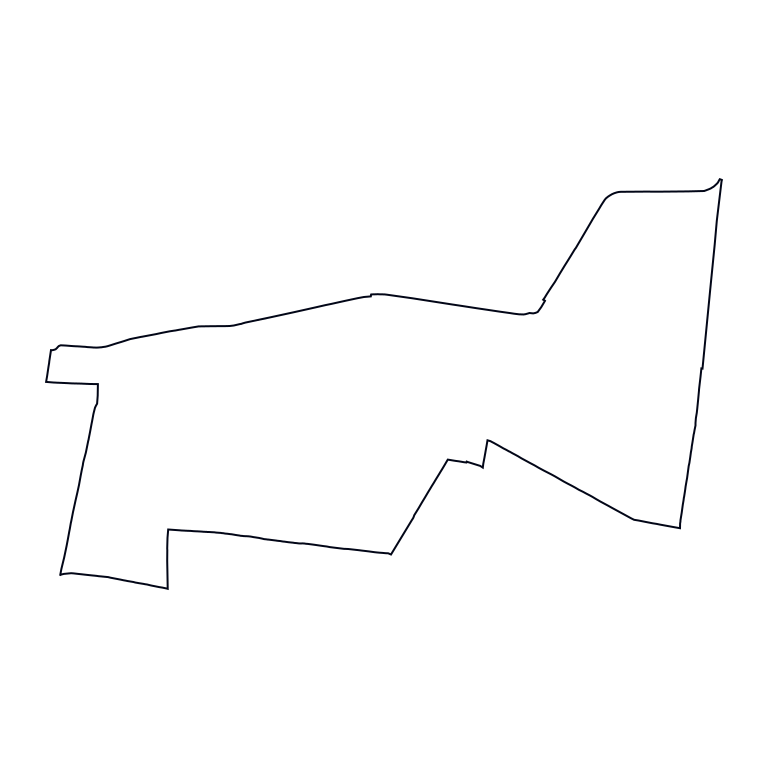 the district of Iztacalco, Distrito Federal, Mexico
{"feature_id": "50627088B64976182761554", "entity_name": "Iztacalco", "entity_type": "district", "adm_level": 2, "iso_a3": "MEX", "parent_name": "Mexico", "parent_adm1": "Distrito Federal", "projection": "orthographic", "projection_center": [-99.097, 19.399], "detail": "fine", "context": "isolated", "style": "outline", "palette": "ink", "viewbox_px": 768, "rotation_deg": 0, "n_neighbors": 0, "source": "geoboundaries", "source_scale": "gbopen_adm2", "svg_char_len": 6028}
<svg xmlns="http://www.w3.org/2000/svg" viewBox="0 0 768 768"><path d="M721.9,180.0L719.8,179.2L719.0,180.5L718.4,181.7L717.8,182.7L716.9,183.7L715.5,185.0L714.3,186.1L713.3,186.9L712.5,187.3L711.6,187.9L710.8,188.4L709.7,188.9L708.5,189.4L707.1,189.9L705.6,190.5L704.7,190.8L704.2,191.0L688.1,191.4L656.4,191.7L647.2,191.6L621.5,191.8L620.9,191.8L618.6,192.0L616.8,192.4L614.3,193.2L612.0,194.2L609.8,195.5L608.1,196.6L605.9,198.4L604.6,200.0L601.3,205.1L598.8,209.3L592.8,219.0L592.0,220.4L585.1,232.2L576.7,246.5L576.3,247.2L575.6,248.3L574.8,249.3L572.6,252.9L570.6,256.2L567.1,261.8L564.4,266.1L561.6,270.7L560.0,273.3L558.6,275.7L555.0,281.8L553.1,284.6L551.2,287.4L548.4,291.7L546.6,294.5L545.7,296.0L544.8,297.5L543.2,299.7L544.8,300.6L545.0,300.8L541.2,307.2L537.7,312.0L535.5,312.9L533.2,313.4L529.4,313.0L528.6,313.3L525.4,314.2L523.2,314.5L522.6,314.4L521.7,314.4L519.0,314.3L514.0,313.7L510.2,313.1L500.1,311.7L486.7,309.7L477.2,308.3L459.0,305.5L452.3,304.5L412.5,298.3L390.5,295.2L387.0,294.7L384.5,294.4L379.5,294.3L377.9,294.2L375.3,294.3L371.7,294.4L371.1,294.5L370.8,296.4L363.9,297.0L357.5,298.2L345.8,300.7L339.0,302.2L331.4,303.9L325.5,305.1L315.0,307.5L308.3,309.0L293.5,312.3L270.5,317.3L245.3,322.6L242.9,323.3L242.2,323.5L241.6,323.8L239.8,324.1L233.8,325.5L229.7,326.0L225.7,326.1L211.8,326.2L198.6,326.4L191.5,327.6L187.6,328.3L180.3,329.6L179.5,329.7L175.4,330.5L174.5,330.6L169.8,331.3L161.6,332.9L156.1,334.1L141.7,336.8L141.4,336.8L135.6,338.0L135.0,338.1L130.1,339.1L126.4,340.3L124.9,340.8L123.0,341.4L121.1,342.0L119.7,342.4L115.4,343.7L109.8,345.5L107.5,346.2L105.4,346.7L103.1,347.0L101.3,347.3L100.8,347.3L98.6,347.5L96.9,347.6L96.4,347.6L93.3,347.5L92.3,347.4L89.3,347.2L87.6,347.1L85.0,346.8L83.0,346.7L81.5,346.6L78.8,346.4L74.2,346.2L70.0,345.9L66.5,345.6L62.9,345.4L60.7,345.3L58.9,346.0L58.0,346.8L57.0,348.0L55.6,349.3L53.8,349.9L52.2,350.2L51.0,350.1L49.3,361.2L49.1,363.1L48.5,366.7L47.1,376.2L46.1,381.9L53.3,382.5L57.2,382.7L62.0,382.9L66.6,383.1L72.1,383.4L77.1,383.5L81.2,383.6L85.4,383.8L90.2,384.0L97.9,384.1L97.7,395.7L97.1,403.7L96.1,405.4L95.0,407.7L93.8,412.4L93.4,414.1L92.0,421.7L91.7,423.1L90.3,430.6L90.1,431.7L88.8,438.3L88.6,439.5L88.2,441.0L86.1,451.4L85.8,452.8L83.5,461.3L83.1,463.1L82.8,465.3L81.8,469.9L80.7,475.6L80.4,477.3L79.0,485.0L77.4,492.4L76.0,498.5L75.6,500.2L73.5,509.9L73.1,511.6L71.3,520.9L70.8,523.1L69.8,528.9L69.2,531.9L68.9,533.6L67.8,539.6L66.6,545.9L64.2,557.4L61.4,568.9L60.1,575.7L60.6,574.7L63.9,573.9L71.2,573.2L73.7,573.4L78.0,573.9L81.8,574.3L85.3,574.7L89.0,575.1L92.8,575.5L94.0,575.6L96.8,575.9L98.7,576.2L101.0,576.4L104.0,576.7L105.0,576.8L108.2,577.1L109.2,577.4L109.5,577.4L110.0,577.6L113.1,578.2L118.9,579.3L119.3,579.4L120.0,579.5L123.7,580.3L125.5,580.6L126.9,580.9L127.9,581.1L128.6,581.2L132.2,581.8L133.4,582.0L135.2,582.5L135.7,582.6L137.5,582.9L139.1,583.2L139.8,583.3L143.6,583.9L145.0,584.2L147.1,584.5L150.7,585.4L152.1,585.7L154.7,586.2L155.7,586.4L159.2,587.1L162.4,587.6L166.6,588.5L167.7,588.8L167.4,571.1L167.2,560.6L167.3,550.0L167.2,548.6L167.5,537.8L168.2,529.5L179.4,530.3L181.7,530.5L184.1,530.6L185.5,530.7L187.8,530.8L190.5,530.9L194.0,531.2L196.4,531.3L198.7,531.4L201.8,531.6L203.9,531.8L204.6,531.8L205.9,531.9L206.8,531.9L207.1,532.0L207.7,532.0L208.1,532.0L209.0,532.0L210.6,532.1L212.0,532.2L214.3,532.3L215.6,532.5L216.4,532.6L218.0,532.7L219.3,532.8L220.8,532.9L221.8,533.1L223.3,533.2L224.2,533.4L225.4,533.6L226.8,533.7L227.7,533.8L229.2,534.0L229.9,534.1L231.9,534.3L232.4,534.4L234.7,534.8L235.2,534.9L237.8,535.3L239.3,535.5L240.6,535.8L242.2,535.9L243.7,536.1L245.9,536.2L246.4,536.2L248.3,536.3L249.2,536.4L250.2,536.5L252.0,536.8L253.4,537.1L254.8,537.3L255.5,537.4L257.4,537.7L258.8,537.9L260.7,538.3L262.5,538.7L264.0,539.1L266.9,539.4L267.2,539.5L267.4,539.5L268.0,539.5L268.3,539.6L268.6,539.6L276.5,540.6L276.8,540.7L280.7,541.1L282.1,541.4L283.7,541.6L284.1,541.6L288.3,542.2L291.1,542.5L293.1,542.7L293.7,542.8L294.1,542.9L296.4,543.1L297.3,543.2L297.9,543.3L298.8,543.4L300.4,543.5L302.5,543.4L304.3,543.5L305.5,543.7L307.3,543.9L307.8,543.9L310.0,544.2L312.4,544.5L315.3,544.9L319.4,545.5L323.6,546.1L326.8,546.5L329.8,547.1L344.4,548.9L345.8,548.9L348.2,549.0L358.9,550.2L362.0,550.6L365.5,551.0L368.8,551.4L371.7,551.8L374.6,552.2L377.4,552.5L379.6,552.7L382.5,552.9L385.6,553.2L388.2,553.3L391.0,554.5L411.8,520.2L413.1,518.2L413.8,516.6L414.2,515.3L418.6,508.2L419.3,507.0L422.1,502.2L424.9,497.6L428.2,492.0L430.1,488.9L431.7,486.2L433.9,482.7L434.6,481.5L436.1,479.0L439.0,474.3L440.5,471.8L442.0,469.4L443.5,466.9L445.1,464.2L446.2,462.3L447.8,459.6L452.5,460.4L455.6,460.9L458.7,461.3L461.7,461.8L463.9,462.2L464.7,462.3L465.6,462.4L466.4,462.5L466.7,461.6L468.0,462.1L480.2,465.9L482.8,467.6L483.3,463.6L484.5,457.4L485.0,454.5L485.2,453.5L485.8,450.0L486.5,446.2L487.5,440.3L490.6,441.2L491.2,441.6L494.3,443.2L494.8,443.5L497.7,445.1L500.7,446.8L501.2,447.1L503.4,448.4L505.0,449.2L506.2,449.8L509.0,451.4L509.6,451.6L512.2,453.1L513.3,453.7L515.2,454.7L517.2,455.8L517.8,456.1L521.4,458.3L526.0,460.8L530.4,463.2L530.8,463.4L534.6,465.4L538.7,467.8L543.7,470.5L547.8,472.6L551.5,474.5L555.0,476.4L563.7,481.5L568.0,483.8L571.5,485.6L575.0,487.5L578.9,489.8L583.0,491.8L586.3,493.6L589.6,495.3L592.5,496.9L596.3,499.2L597.9,500.1L600.3,501.5L604.4,503.7L608.3,505.8L612.6,508.2L623.8,514.3L631.1,518.3L634.1,519.8L638.5,520.5L645.5,521.9L652.7,523.3L656.6,523.9L660.0,524.6L667.1,525.9L674.3,527.2L680.0,528.2L680.1,523.4L680.4,521.8L680.5,520.1L681.7,512.8L682.8,504.7L683.5,500.6L683.9,497.6L684.1,496.8L684.9,491.7L685.3,488.9L685.6,486.5L686.6,480.7L687.1,478.0L688.7,466.0L689.4,462.9L690.3,456.8L690.9,452.3L691.2,450.7L691.6,448.4L691.8,446.3L692.4,442.8L693.4,436.3L693.7,434.3L694.0,433.3L694.6,429.8L695.5,425.5L695.5,423.0L695.9,418.1L696.8,412.7L697.2,409.1L698.1,400.1L699.0,390.5L699.0,389.9L699.3,387.1L700.5,376.9L701.4,368.4L702.5,368.6L710.3,288.7L714.7,244.6L716.8,220.8L721.5,181.6L721.9,180.0Z" fill="none" stroke="#020617" stroke-width="2"/></svg>